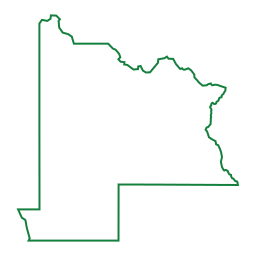 the district of Gunnison, Colorado, United States of America
{"feature_id": "52423323B98763981234957", "entity_name": "Gunnison", "entity_type": "district", "adm_level": 2, "iso_a3": "USA", "parent_name": "United States of America", "parent_adm1": "Colorado", "projection": "mercator", "projection_center": [-106.65, 38.702], "detail": "fine", "context": "isolated", "style": "outline", "palette": "green", "viewbox_px": 256, "rotation_deg": 0, "n_neighbors": 0, "source": "geoboundaries", "source_scale": "gbopen_adm2", "svg_char_len": 1785}
<svg xmlns="http://www.w3.org/2000/svg" viewBox="0 0 256 256"><path d="M39.4,135.3L39.5,209.4L18.1,209.4L21.8,217.7L25.4,220.0L26.7,227.4L29.7,238.4L28.6,240.6L118.5,240.6L118.6,184.5L156.6,184.6L237.9,185.0L237.6,183.8L237.6,182.6L236.9,181.4L235.3,181.1L233.3,178.6L232.0,178.1L231.2,176.6L231.0,174.9L229.3,174.3L228.3,172.5L227.7,170.9L226.7,170.5L226.1,170.0L225.0,170.1L224.3,170.5L223.8,170.2L223.4,169.6L222.0,167.1L220.9,161.8L222.0,157.1L221.1,152.2L220.0,149.1L218.2,145.2L216.1,144.3L215.5,141.1L212.4,139.5L209.0,137.3L207.1,131.5L205.6,129.7L206.6,127.5L208.2,127.0L210.6,124.0L210.8,119.8L210.8,117.9L211.2,117.2L210.9,116.0L210.8,115.1L211.1,114.4L211.3,113.4L211.3,112.5L211.1,111.0L211.5,110.2L211.3,109.1L210.9,108.5L210.6,108.0L210.1,107.2L210.4,106.2L211.2,105.6L211.2,104.4L211.6,103.5L212.0,103.1L212.7,102.8L213.0,103.1L214.1,104.0L215.2,103.9L215.8,103.7L216.2,103.1L216.3,102.4L216.9,101.6L217.5,101.2L218.3,100.8L218.7,99.8L219.1,99.0L219.1,98.3L219.6,97.8L220.2,97.5L221.4,97.3L221.7,96.8L221.7,95.7L222.3,94.8L223.4,94.0L223.7,93.2L225.4,90.5L225.6,87.7L222.5,86.7L219.8,85.8L217.4,84.9L214.8,84.7L212.4,85.3L211.1,84.3L210.8,83.5L208.3,84.1L206.6,85.3L202.6,85.6L199.4,82.9L196.9,80.0L194.4,77.4L194.3,74.5L191.1,70.3L188.2,68.3L185.1,69.6L183.7,69.6L182.4,69.0L182.1,68.3L180.1,68.9L175.9,64.0L173.2,58.9L168.5,58.7L166.9,56.6L164.5,58.2L158.3,59.3L158.0,62.7L150.0,72.3L146.0,72.5L142.9,70.6L140.6,66.0L138.2,66.5L138.0,69.1L133.5,69.5L127.4,65.0L124.2,64.4L124.4,62.1L120.6,61.7L118.4,59.3L120.3,57.3L119.1,53.8L115.6,49.7L112.9,48.6L108.2,43.7L73.9,43.7L71.8,36.6L68.2,34.2L62.7,32.6L59.2,27.6L58.6,20.8L59.9,19.2L56.2,15.6L50.9,15.4L50.5,18.8L47.3,20.9L42.0,19.9L39.4,23.5L39.4,131.3L39.4,135.3Z" fill="none" stroke="#15803d" stroke-width="2"/></svg>